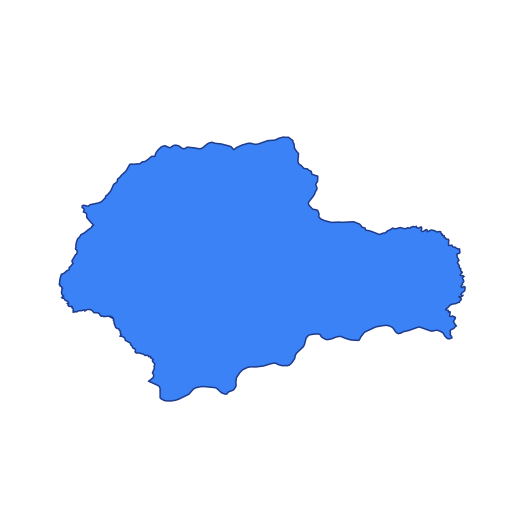 Anzá, Antioquia, Colombia (Equal Earth projection), rotated 75°
{"feature_id": "7082276B98317886135707", "entity_name": "Anzá", "entity_type": "district", "adm_level": 2, "iso_a3": "COL", "parent_name": "Colombia", "parent_adm1": "Antioquia", "projection": "equal_earth", "projection_center": [-75.914, 6.314], "detail": "fine", "context": "isolated", "style": "filled", "palette": "blue", "viewbox_px": 512, "rotation_deg": 75, "n_neighbors": 0, "source": "geoboundaries", "source_scale": "gbopen_adm2", "svg_char_len": 6029}
<svg xmlns="http://www.w3.org/2000/svg" viewBox="0 0 512 512"><g transform="rotate(75 256 256)"><path d="M385.7,87.9L384.0,88.0L382.3,88.8L380.3,88.0L378.7,88.1L377.7,86.8L377.2,83.7L376.0,82.2L375.4,80.6L372.1,81.9L370.2,82.1L369.7,81.8L368.3,80.0L367.0,79.3L366.1,80.0L365.8,81.0L364.8,81.5L365.0,83.2L364.3,84.6L360.4,82.9L359.7,83.8L359.9,84.6L358.3,84.4L357.0,86.7L356.2,85.8L355.5,84.1L353.7,81.4L353.3,78.8L353.7,75.2L353.3,73.4L353.3,71.5L352.2,70.8L351.4,69.2L350.6,68.9L349.2,69.1L348.3,70.4L347.8,70.4L348.5,68.5L347.8,66.4L347.6,66.3L347.4,67.5L346.2,67.9L345.4,67.3L343.5,63.4L340.8,62.2L339.7,62.3L339.2,63.6L339.9,64.9L339.5,65.7L338.9,65.9L337.8,65.4L337.0,64.0L335.6,63.6L334.6,62.0L333.1,61.8L331.7,62.3L330.6,62.2L329.5,60.4L328.7,61.0L327.9,63.2L327.2,63.7L326.6,63.3L325.4,61.1L325.0,61.0L323.2,62.2L321.0,61.5L320.6,62.3L320.0,62.7L317.8,62.2L314.2,63.2L313.6,62.6L312.9,61.1L309.2,61.9L306.5,61.6L306.0,61.0L306.1,59.0L305.4,58.1L301.9,57.6L301.3,59.2L300.5,60.3L298.9,61.5L298.6,62.9L298.1,63.5L296.2,64.0L295.9,66.7L295.6,67.2L292.2,66.4L291.3,65.8L289.7,65.8L288.9,67.9L287.4,68.4L286.6,69.4L285.1,69.0L284.1,70.8L283.2,70.4L282.1,71.4L280.3,71.4L279.7,73.3L279.8,74.7L277.7,77.1L276.4,79.5L276.2,80.6L276.9,83.3L276.9,84.2L275.3,84.0L274.7,84.3L274.6,85.3L275.5,87.6L275.4,89.0L274.3,89.9L272.6,88.9L271.2,88.6L270.7,88.9L270.6,89.7L271.1,91.1L271.0,92.2L270.0,93.5L268.9,93.5L268.9,95.5L268.1,96.6L268.4,97.8L268.2,98.8L268.9,99.7L268.8,100.7L267.9,101.9L268.3,103.8L268.2,104.9L267.7,106.2L265.8,109.4L265.9,114.1L265.4,115.3L264.4,116.7L265.3,119.5L265.8,122.6L267.0,124.7L267.1,125.5L266.8,127.6L267.2,130.3L266.8,131.8L262.0,138.3L260.5,140.8L259.7,142.9L259.4,143.3L257.1,143.5L255.5,146.3L253.8,146.7L251.9,147.8L248.2,152.8L245.8,164.0L244.6,167.5L243.1,174.4L239.4,180.9L236.9,183.9L234.4,185.2L231.5,184.2L228.0,184.6L227.5,185.0L225.5,188.9L225.0,189.4L220.7,191.7L218.7,191.8L217.4,191.0L213.3,185.5L211.3,183.4L209.1,181.9L207.6,180.1L206.2,179.5L202.1,179.8L199.8,177.2L195.0,175.7L194.5,176.1L193.8,177.5L191.4,180.9L188.6,180.7L187.1,182.5L185.2,183.8L183.8,187.1L180.7,188.7L177.9,190.9L175.4,191.0L168.0,188.4L165.0,189.9L161.8,190.9L157.8,190.3L155.4,190.8L154.1,190.5L149.7,193.9L149.1,196.5L148.2,198.8L148.2,204.0L149.0,207.5L147.6,214.8L148.4,225.5L147.7,228.5L145.8,231.8L145.1,234.4L145.2,240.7L146.3,247.1L147.4,249.1L147.5,249.9L144.0,251.8L143.0,253.1L138.8,260.5L136.5,266.5L134.7,269.2L134.7,272.3L135.2,274.2L137.5,279.1L138.0,280.7L137.9,282.1L137.4,284.0L136.0,286.6L133.1,294.0L133.1,294.7L133.8,296.6L133.6,298.3L132.8,299.6L129.7,302.0L128.1,304.8L127.9,307.3L129.1,310.5L129.1,311.4L125.9,315.4L125.9,318.3L126.2,319.5L128.1,323.0L129.9,325.3L131.6,326.8L133.5,327.8L133.5,328.4L132.8,330.5L133.0,331.7L134.8,335.3L135.8,338.2L136.0,339.4L135.6,341.3L137.0,344.8L136.2,346.9L135.8,350.1L135.0,352.4L134.8,354.2L140.3,359.6L143.2,365.1L145.0,367.6L145.5,369.2L146.2,370.0L148.4,370.9L150.0,375.0L155.5,379.4L158.3,383.4L159.1,385.5L161.0,386.7L163.5,391.1L164.0,394.1L163.5,403.0L164.6,405.2L162.5,409.0L162.3,409.9L162.7,411.0L164.3,411.4L165.3,410.3L166.5,409.8L168.8,411.3L170.3,409.3L171.3,408.7L175.1,409.5L180.9,406.7L184.0,404.9L184.9,406.9L185.9,407.4L187.2,411.3L189.1,415.4L190.2,419.8L191.8,421.2L193.3,423.9L196.1,425.8L198.9,427.2L200.7,427.5L201.9,428.4L202.8,428.4L204.6,427.4L205.8,427.7L207.7,428.7L208.0,429.9L213.0,435.0L214.3,435.1L215.8,434.5L217.1,436.6L218.0,437.5L218.5,439.1L219.1,439.6L220.3,439.7L220.9,440.3L221.3,442.7L222.9,445.7L223.4,448.9L227.5,451.3L232.5,453.3L232.8,453.4L233.4,452.6L234.2,453.0L235.3,451.7L236.1,451.9L237.1,451.2L237.8,452.2L238.8,452.2L240.5,453.3L242.9,453.4L244.8,452.2L245.0,453.3L245.6,453.4L246.0,454.4L246.6,453.9L247.2,452.5L249.3,451.8L251.3,449.5L252.7,449.4L253.1,450.4L253.8,449.4L254.7,450.3L255.9,450.0L256.6,448.9L256.9,447.0L257.2,446.7L258.3,447.2L259.2,446.3L261.6,446.5L261.7,446.9L263.0,447.1L263.2,444.2L263.6,443.6L263.0,441.7L263.7,438.3L263.5,435.9L263.9,435.5L264.8,435.5L264.0,432.9L264.7,430.2L266.4,428.3L268.8,427.2L269.8,423.8L271.2,422.1L272.9,421.9L274.1,421.1L274.3,419.9L275.2,418.6L275.9,414.2L276.8,411.7L277.2,411.3L277.6,412.1L278.3,410.4L279.0,410.9L279.9,409.7L281.2,410.4L283.2,409.9L284.1,410.5L288.7,410.0L289.5,409.5L291.0,407.4L292.7,407.1L293.3,406.5L295.9,407.0L297.1,406.4L297.6,407.5L298.3,408.0L299.1,406.0L300.1,404.8L301.6,404.0L303.7,404.0L307.4,400.1L308.4,399.8L309.1,400.1L310.9,399.1L313.1,398.7L314.4,397.1L315.1,396.7L316.0,396.8L317.1,397.6L318.0,397.4L318.8,396.5L319.6,393.3L320.8,391.9L321.5,390.2L323.4,388.9L323.8,386.2L325.5,385.7L325.5,384.5L325.9,383.9L327.1,384.2L327.7,383.2L328.3,383.1L329.4,382.1L330.3,383.1L330.7,383.2L332.3,382.7L333.6,381.7L334.2,381.8L336.2,383.0L338.0,383.1L342.1,386.3L344.3,385.6L345.4,385.9L347.0,387.0L347.7,388.9L348.5,389.9L348.7,391.4L349.2,392.1L355.6,384.3L356.9,383.2L359.0,382.9L368.1,385.3L369.8,384.3L371.6,382.2L372.5,380.8L374.0,375.7L374.5,371.2L374.3,367.5L372.1,356.5L368.5,351.2L367.9,349.6L367.7,347.8L367.9,343.2L368.8,339.6L372.6,329.5L374.0,328.0L379.3,324.6L381.3,321.7L381.8,320.1L380.2,317.8L379.7,313.0L379.2,311.9L377.6,310.0L376.2,308.8L373.0,308.2L369.1,306.7L367.9,305.8L364.4,301.7L362.5,298.6L361.4,292.8L361.7,289.9L363.2,284.4L364.2,277.0L363.9,270.1L364.1,265.9L364.9,264.5L366.8,262.4L368.7,259.1L370.0,254.1L370.0,252.0L368.3,248.9L365.1,245.2L362.2,243.8L360.3,242.0L356.0,233.9L354.3,232.3L348.1,228.7L346.1,225.6L346.1,223.4L346.5,220.0L347.4,216.0L348.3,214.5L350.6,213.9L351.8,213.2L354.5,210.4L355.3,208.7L355.6,204.2L355.0,199.4L355.3,195.9L355.8,194.7L358.9,190.7L361.7,186.0L364.0,179.1L363.9,178.0L361.3,175.7L357.7,171.0L355.5,158.8L356.0,152.1L356.7,148.0L358.0,145.4L359.7,143.3L361.2,142.2L365.3,140.8L366.6,140.0L367.8,138.7L368.0,136.3L367.3,133.3L367.5,128.1L366.7,117.9L367.0,116.3L373.8,106.4L374.2,104.8L374.3,101.2L374.7,100.0L376.7,97.2L378.6,95.3L382.4,94.2L385.2,92.6L386.1,90.7L385.7,87.9Z" fill="#3b82f6" stroke="#1e3a8a" stroke-width="1.5"/></g></svg>